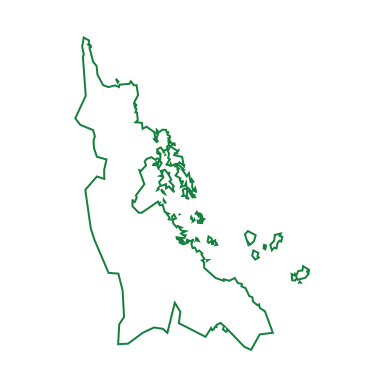 Samar, Samar, Philippines (Equal Earth projection), rotated 176°
{"feature_id": "2640588B23016389281073", "entity_name": "Samar", "entity_type": "district", "adm_level": 2, "iso_a3": "PHL", "parent_name": "Philippines", "parent_adm1": "Samar", "projection": "equal_earth", "projection_center": [124.76, 11.713], "detail": "fine", "context": "isolated", "style": "outline", "palette": "green", "viewbox_px": 384, "rotation_deg": 176, "n_neighbors": 0, "source": "geoboundaries", "source_scale": "gbopen_adm2", "svg_char_len": 6124}
<svg xmlns="http://www.w3.org/2000/svg" viewBox="0 0 384 384"><g transform="rotate(176 192 192)"><path d="M276.3,45.3L266.3,45.2L251.0,55.0L239.3,59.5L230.5,57.5L226.4,53.2L216.9,82.7L212.0,73.3L214.3,62.1L188.6,46.6L182.4,55.0L181.5,52.7L179.9,53.4L178.6,55.9L177.0,55.6L176.9,57.7L172.7,59.4L169.2,55.8L170.8,52.9L167.9,50.1L166.3,51.1L166.7,53.2L150.8,34.1L144.1,30.4L134.4,45.2L121.2,45.9L127.5,67.8L132.5,71.7L132.9,75.2L134.5,74.4L138.8,78.4L139.1,82.7L142.2,84.3L145.2,92.3L149.2,94.5L148.6,96.7L152.7,98.1L155.3,103.2L161.1,100.9L166.2,102.7L166.5,101.2L174.5,104.6L185.1,115.5L185.0,121.2L186.9,123.1L184.2,124.2L186.9,128.9L186.0,129.9L188.9,133.1L191.3,132.0L193.0,136.4L195.3,136.0L196.3,140.1L193.9,144.8L196.6,142.9L199.7,144.4L199.0,143.0L199.2,142.3L201.3,143.9L200.3,141.7L204.0,140.4L207.8,142.3L207.9,145.1L210.3,146.3L210.5,148.0L207.1,147.1L206.4,143.4L203.8,142.8L205.9,147.0L202.9,146.9L201.4,149.3L203.8,149.7L205.8,151.4L201.0,153.3L205.4,154.4L207.0,156.8L205.1,157.3L208.7,159.2L209.8,157.9L212.8,161.8L213.3,165.5L209.8,166.8L211.4,170.8L213.5,169.0L213.3,165.6L217.1,166.4L216.2,168.2L218.5,171.5L216.9,172.0L220.6,174.1L222.2,181.5L225.1,181.0L226.7,184.8L243.6,174.8L246.6,175.1L252.4,181.9L251.9,188.8L251.0,185.9L249.6,186.2L247.5,190.6L248.2,192.5L239.0,203.1L243.0,217.4L241.3,216.7L235.9,221.9L237.1,225.5L235.2,228.0L230.1,229.6L226.0,226.5L224.5,228.0L221.4,226.9L220.7,232.1L222.3,234.0L222.5,232.2L223.9,232.9L223.8,236.9L220.1,238.6L217.4,234.7L213.4,236.9L213.8,239.0L211.7,240.3L212.0,244.5L210.4,243.9L209.9,242.6L209.5,242.7L211.9,247.3L210.2,247.6L210.1,249.3L212.5,250.9L211.6,253.2L213.1,253.2L213.5,255.8L217.3,256.2L220.9,253.8L222.9,256.4L223.3,253.0L221.9,251.9L223.7,248.1L222.7,244.8L223.9,244.4L226.3,247.6L224.8,248.3L225.5,254.4L232.8,260.3L236.8,258.5L237.2,264.5L243.5,265.5L241.1,267.4L241.3,275.1L242.9,275.4L241.6,278.6L243.0,280.6L243.7,284.8L239.0,292.6L239.9,302.4L242.6,302.5L245.3,306.7L246.8,304.3L256.9,304.1L257.5,301.8L261.3,303.7L268.1,302.5L273.2,304.8L278.1,315.4L278.4,324.5L281.5,328.6L284.2,342.9L282.8,343.6L284.8,345.8L283.3,345.6L284.7,347.5L284.2,350.4L289.2,353.6L291.4,344.8L290.3,336.6L291.4,334.8L291.3,295.4L303.3,273.6L298.8,266.8L286.4,260.7L285.0,254.3L286.6,250.4L286.7,242.7L284.4,233.8L275.0,230.4L278.1,220.2L278.6,211.2L285.8,214.1L298.3,201.6L295.5,162.5L292.6,151.0L280.9,117.2L271.2,115.7L268.1,98.8L268.5,72.1L273.8,65.1L276.3,45.3ZM196.6,197.1L194.2,195.0L193.3,192.8L195.1,193.0L192.0,186.8L189.8,188.6L192.0,189.9L192.3,192.6L190.6,194.3L189.8,192.8L189.4,193.1L188.0,191.8L187.9,191.9L188.5,195.8L189.9,193.8L191.5,196.4L191.1,201.9L189.9,202.2L191.4,204.8L192.7,201.4L193.8,210.9L196.1,208.0L200.1,214.8L198.6,214.9L204.2,220.7L202.5,222.5L198.4,218.7L199.4,227.7L207.2,230.0L206.3,232.0L203.9,231.6L204.2,234.4L210.4,239.1L213.3,234.7L212.2,231.9L213.4,227.5L211.8,226.1L215.5,221.1L212.4,220.0L211.4,221.8L210.9,219.6L208.5,220.5L207.0,218.6L205.9,218.9L206.4,221.2L204.9,221.1L205.0,217.8L203.4,216.1L205.0,215.7L204.3,213.3L207.3,209.5L202.6,206.5L203.4,204.8L201.8,203.1L201.3,202.9L200.1,203.6L200.0,203.9L199.9,204.0L202.6,197.8L198.7,198.8L197.3,201.6L196.9,195.2L196.6,197.1ZM219.5,208.7L224.1,204.2L222.9,200.2L217.3,201.6L217.6,197.5L214.7,199.2L210.0,193.0L210.9,197.5L209.7,199.2L213.7,203.9L211.8,205.9L213.9,210.4L213.0,213.4L214.5,211.7L217.5,216.1L220.2,215.5L219.8,214.6L219.9,213.9L220.0,213.8L221.6,214.8L219.5,208.7ZM95.3,96.5L93.4,98.8L92.7,97.2L85.1,98.4L81.6,102.0L83.1,105.4L81.2,103.8L80.7,106.2L86.4,110.2L87.4,106.0L91.5,105.8L94.1,100.9L95.1,103.2L96.1,101.7L98.3,103.2L98.2,97.0L95.3,96.5ZM116.4,128.3L113.8,130.8L111.7,129.8L110.1,135.4L108.0,137.4L106.5,136.4L105.1,140.9L107.7,142.2L106.3,144.4L112.4,143.4L113.3,137.8L117.6,133.8L116.4,128.3ZM137.8,135.4L133.6,138.5L131.5,144.5L139.0,149.1L142.2,146.1L139.6,136.1L139.1,137.5L137.8,135.4ZM133.6,120.2L129.9,122.0L131.2,123.4L130.1,126.7L134.8,129.4L136.4,124.3L133.6,120.2ZM197.5,187.7L196.6,194.7L199.4,195.9L201.0,194.6L200.5,190.5L201.9,188.7L197.7,188.6L198.2,186.4L195.4,185.3L197.5,187.7ZM175.6,144.1L178.6,146.5L179.9,141.5L179.0,140.1L176.2,141.7L175.6,138.6L174.4,138.6L175.6,144.1ZM223.8,217.9L220.3,223.1L222.5,226.3L223.2,224.2L226.2,224.2L223.5,223.1L224.8,220.6L223.8,217.9ZM186.2,170.7L183.5,161.9L183.4,162.1L183.3,162.8L181.6,164.1L183.6,165.0L183.9,168.4L186.2,170.7ZM188.3,160.9L184.3,160.3L185.1,164.9L186.9,161.8L187.5,162.8L188.4,163.1L188.3,160.9ZM122.9,129.7L121.9,133.5L123.8,134.3L124.5,130.7L122.9,129.7ZM260.0,310.2L258.5,306.3L257.7,307.3L260.0,310.2ZM219.3,192.1L220.2,194.3L222.7,196.7L221.2,193.4L219.3,192.1ZM228.9,221.6L225.8,221.3L226.5,223.1L228.2,222.7L228.9,221.6ZM187.0,167.3L186.6,169.3L188.0,171.1L188.2,169.2L187.0,167.3ZM209.0,240.2L207.0,240.6L206.2,241.6L207.3,242.0L209.0,240.2ZM91.4,94.1L90.0,94.0L90.8,95.1L91.4,94.1ZM190.0,143.0L188.7,142.6L189.4,144.1L190.0,143.0ZM225.2,246.9L224.2,248.5L225.9,247.7L225.2,246.9ZM193.8,164.3L194.0,166.6L194.4,167.4L195.0,165.9L193.8,164.3ZM173.4,141.5L172.3,140.3L172.2,142.2L173.4,141.5ZM220.8,184.7L219.8,184.3L220.7,186.0L220.8,184.7ZM192.6,163.0L191.4,163.6L191.6,164.5L192.6,163.0ZM172.0,137.4L170.5,137.5L170.9,138.8L172.0,137.4ZM181.9,122.3L180.7,123.0L181.7,123.0L181.9,122.3ZM226.4,196.4L225.1,197.0L224.9,198.9L225.2,198.7L226.4,196.4ZM217.1,232.6L217.1,234.5L217.6,234.6L217.7,234.0L217.1,232.6ZM222.7,210.3L221.4,210.0L221.6,210.7L222.7,210.3ZM242.5,282.6L241.8,283.0L242.4,283.7L242.5,282.6ZM242.5,281.2L241.9,281.8L242.4,282.0L242.5,281.2ZM190.9,145.8L191.4,144.3L190.3,145.3L190.9,145.8ZM198.0,218.9L197.7,219.4L198.1,219.7L198.0,218.9ZM205.7,240.0L205.4,240.7L206.0,240.2L205.7,240.0ZM190.1,186.5L189.5,186.7L190.3,187.2L190.1,186.5ZM219.7,182.4L219.4,183.2L219.7,183.3L219.7,182.4ZM189.9,170.4L189.7,169.2L189.4,170.9L189.9,170.4ZM202.4,202.2L201.8,202.5L202.6,202.9L202.4,202.2ZM206.6,170.9L206.3,170.5L206.1,170.6L206.6,170.9ZM224.4,183.6L224.2,183.1L224.5,184.5L224.4,183.6ZM202.6,234.4L203.6,233.7L202.7,233.9L202.6,234.4ZM216.2,230.6L215.8,230.0L216.0,230.8L216.2,230.6Z" fill="none" stroke="#15803d" stroke-width="2"/></g></svg>